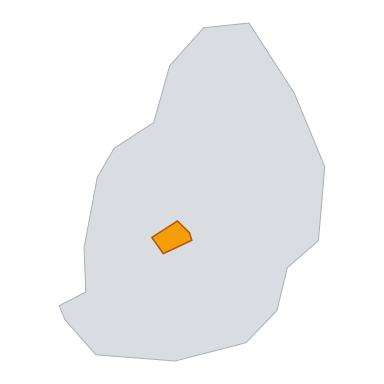 where Curepipe sits in Mauritius
{"feature_id": "MUS-5183", "entity_name": "Curepipe", "entity_type": "City", "adm_level": 1, "iso_a3": "MUS", "parent_name": "Mauritius", "parent_adm1": "", "projection": "robinson", "projection_center": [57.517, -20.322], "detail": "fine", "context": "in_parent", "style": "filled", "palette": "amber", "viewbox_px": 384, "rotation_deg": 0, "n_neighbors": 0, "source": "natural_earth", "source_scale": "10m", "svg_char_len": 484}
<svg xmlns="http://www.w3.org/2000/svg" viewBox="0 0 384 384"><path d="M246.0,342.7L175.2,361.0L95.9,354.8L65.2,320.2L59.2,305.7L85.8,292.0L84.1,247.6L97.3,177.2L114.2,148.2L153.7,122.5L169.7,65.7L203.7,27.7L249.0,23.0L294.2,93.1L324.8,166.8L318.4,240.7L287.3,267.7L277.0,310.4L246.0,342.7Z" fill="#d9dde1" stroke="#a8b0b8" stroke-width="1"/><path d="M151.8,237.5L177.4,221.0L189.5,232.8L191.8,240.3L163.3,253.6L151.8,237.5Z" fill="#f59e0b" stroke="#b45309" stroke-width="1.5"/></svg>